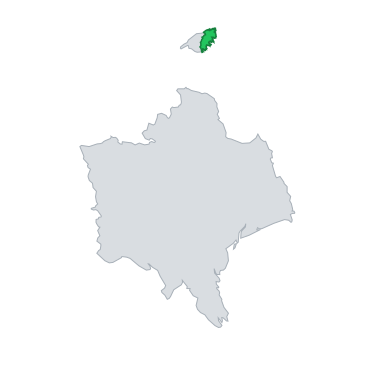 Corse-du-Sud highlighted on a map of France, rotated 235°
{"feature_id": "FRA-5281", "entity_name": "Corse-du-Sud", "entity_type": "Metropolitan department", "adm_level": 1, "iso_a3": "FRA", "parent_name": "France", "parent_adm1": "", "projection": "equal_earth", "projection_center": [8.909, 41.876], "detail": "fine", "context": "in_parent", "style": "filled", "palette": "green", "viewbox_px": 384, "rotation_deg": 235, "n_neighbors": 0, "source": "natural_earth", "source_scale": "10m", "svg_char_len": 6762}
<svg xmlns="http://www.w3.org/2000/svg" viewBox="0 0 384 384"><g transform="rotate(235 192 192)"><path d="M284.1,157.6L281.9,158.6L280.6,160.7L279.2,161.2L276.7,161.2L275.5,159.9L272.5,160.8L271.3,162.1L273.1,163.8L267.0,170.6L263.2,172.4L262.3,176.9L257.8,180.2L256.1,183.7L255.9,184.4L257.0,185.6L256.5,187.9L254.2,189.4L254.2,190.9L254.8,191.1L258.3,189.9L259.7,188.5L259.0,186.7L262.5,184.4L268.8,184.9L269.5,188.0L268.6,190.6L273.1,196.1L269.1,198.7L268.9,200.5L272.8,206.1L275.3,208.4L273.9,212.2L269.6,214.7L266.9,214.5L265.7,215.1L265.8,216.3L267.7,219.7L272.3,221.9L272.9,224.6L271.6,225.5L269.5,229.4L270.4,231.4L270.0,232.3L270.5,233.6L271.7,234.9L278.1,238.3L283.9,237.6L284.6,239.6L281.0,244.8L281.2,247.1L279.4,247.2L279.1,248.0L275.5,249.7L269.6,255.0L266.8,256.5L265.7,259.2L264.1,260.7L255.7,263.8L254.1,263.1L250.1,263.2L247.5,261.2L242.7,260.0L241.1,257.2L236.6,256.7L236.4,254.8L230.0,256.5L221.1,254.0L218.0,251.3L215.4,252.0L213.0,254.4L203.1,260.9L199.1,267.5L199.6,275.4L201.7,279.2L195.8,278.6L192.3,279.8L191.3,281.4L183.0,279.5L179.8,281.1L179.0,281.0L177.9,279.3L173.9,277.5L174.6,276.2L174.1,275.0L170.2,274.1L168.9,275.2L167.5,273.0L156.8,269.4L155.1,269.5L154.2,273.0L147.3,272.9L146.3,272.3L141.8,273.0L137.2,269.7L131.8,270.3L128.8,267.0L125.6,266.7L121.2,265.0L119.3,264.1L119.1,263.1L117.7,264.6L116.0,264.3L115.7,263.8L116.9,261.9L117.2,259.7L111.7,258.1L110.3,256.6L110.4,255.7L113.4,255.0L116.3,252.0L119.4,241.1L121.9,228.3L123.4,225.9L125.2,225.2L123.9,223.4L122.1,225.7L123.8,214.1L126.2,205.4L130.6,208.9L131.6,210.5L132.7,215.7L135.2,217.9L133.6,215.7L132.3,208.8L131.4,206.9L124.4,201.1L124.2,199.8L127.4,200.5L126.3,196.2L126.1,187.2L121.7,186.3L114.8,182.4L110.4,175.6L110.0,173.0L111.4,170.3L110.4,168.6L108.4,167.4L110.2,165.1L111.6,164.9L116.6,166.2L112.6,164.0L105.8,164.8L103.2,164.0L102.8,162.4L104.8,160.4L102.6,159.1L98.7,159.4L98.3,158.8L99.5,157.4L98.6,156.8L95.4,157.4L93.7,156.9L92.1,155.2L87.0,154.9L86.0,153.9L79.1,152.0L71.8,152.3L70.0,149.0L65.6,147.4L66.6,146.3L71.2,145.3L72.1,144.4L69.0,143.0L67.9,141.6L73.9,141.3L71.3,139.9L65.5,140.0L64.9,138.0L65.8,136.0L69.4,134.2L77.9,132.2L84.0,132.1L88.4,129.8L92.7,129.2L96.7,130.3L101.8,136.0L106.3,133.5L112.8,133.6L114.0,135.0L115.9,132.4L117.3,133.9L125.2,133.4L123.4,132.4L122.1,130.0L122.4,121.0L118.7,114.5L117.9,112.2L118.3,110.2L123.0,110.6L126.9,109.7L128.8,110.3L129.0,114.4L130.5,116.8L141.3,117.6L147.5,118.9L152.9,116.5L157.9,115.5L158.3,114.9L155.5,115.1L152.9,114.1L152.6,113.0L154.2,109.8L161.9,106.2L173.1,103.2L176.0,101.2L179.4,97.5L178.7,96.6L179.7,86.8L181.4,83.6L185.7,81.2L196.4,78.9L197.6,82.0L197.5,83.8L200.2,86.5L201.6,87.4L206.3,85.9L208.4,88.5L209.0,91.4L214.5,92.6L216.0,96.4L217.1,95.5L220.6,95.7L222.3,96.0L224.5,97.7L223.7,100.0L224.7,101.1L223.7,103.2L224.3,104.0L230.8,104.0L232.7,103.1L233.7,101.0L235.7,99.7L236.4,100.1L235.1,104.1L235.9,105.1L236.3,107.9L238.8,108.1L243.5,110.3L247.4,114.1L252.4,113.5L256.2,115.5L260.3,114.5L264.1,115.6L265.4,116.7L268.9,121.9L271.6,120.9L273.6,121.5L274.2,123.0L281.5,122.1L282.8,123.6L284.3,124.2L293.5,126.2L293.6,128.1L288.2,133.8L285.8,141.9L284.2,144.7L283.6,146.8L284.0,148.2L283.8,150.4L282.6,155.7L283.2,157.3L284.1,157.6ZM317.7,270.2L317.2,273.7L318.6,276.3L319.1,286.5L316.3,291.5L315.8,297.5L312.3,304.6L306.9,301.4L305.3,299.7L306.7,296.9L303.6,295.5L304.4,292.8L304.0,291.5L301.8,291.4L301.7,290.7L303.3,288.6L303.3,287.4L301.2,285.8L300.8,284.4L302.8,282.8L301.9,281.3L300.8,281.0L303.5,276.4L305.4,275.0L309.7,273.7L311.4,271.9L314.2,272.9L314.6,272.4L315.5,265.1L316.5,265.0L317.4,266.0L317.7,270.2ZM125.0,196.7L124.2,198.7L121.6,195.2L121.4,193.2L125.0,196.7Z" fill="#d9dde1" stroke="#a8b0b8" stroke-width="1"/><path d="M316.2,293.1L316.2,293.4L316.3,295.0L316.3,296.8L316.1,297.0L315.9,297.1L315.8,297.4L315.7,297.6L315.9,297.6L315.9,298.0L315.8,298.3L315.6,298.4L315.4,298.4L315.2,298.6L315.3,298.9L315.1,298.8L314.8,298.7L314.5,298.7L314.3,298.8L314.3,299.0L314.1,299.2L314.0,299.4L314.3,299.6L314.9,299.4L315.3,299.3L315.4,299.5L315.4,299.9L315.2,300.1L314.9,300.3L314.6,300.4L314.4,300.5L314.3,300.8L314.1,301.0L313.8,301.1L313.9,301.3L313.9,301.6L313.8,301.8L314.0,301.9L314.1,302.0L314.0,302.3L313.8,302.4L313.9,302.6L313.6,302.7L313.1,303.1L312.8,303.1L312.8,303.3L313.0,303.4L313.0,303.6L313.0,303.8L312.8,303.9L312.8,304.1L313.0,304.0L313.3,303.7L313.5,303.6L313.5,304.0L313.3,304.4L313.1,304.7L313.0,304.9L312.7,305.1L312.0,304.6L311.7,304.5L311.1,304.4L310.7,304.2L310.9,303.6L311.1,303.4L310.8,303.2L310.4,303.0L310.1,302.8L310.3,302.4L310.1,302.3L309.6,302.8L309.5,302.6L309.6,302.4L309.4,302.5L309.2,302.6L309.1,302.4L308.9,302.3L308.4,302.1L307.9,302.0L307.7,302.1L307.3,301.8L307.1,301.7L306.7,301.6L306.6,301.4L306.3,301.2L306.2,301.2L305.9,301.1L306.1,300.9L305.9,300.7L305.6,300.6L305.3,300.6L305.1,300.4L305.1,299.9L305.0,299.7L304.7,299.6L304.9,299.3L305.0,298.8L305.2,298.4L305.5,298.6L306.5,298.2L306.7,297.7L306.9,297.5L307.2,297.4L307.4,297.1L307.0,297.1L305.8,296.7L305.4,296.7L304.9,296.7L304.7,296.4L304.9,295.9L304.4,295.9L303.6,296.2L303.2,296.2L303.3,295.9L303.1,295.9L302.9,295.9L302.7,295.8L302.4,295.7L302.7,295.6L303.2,295.5L303.4,295.4L303.6,295.2L303.7,294.7L303.4,294.6L303.4,294.4L303.9,294.4L304.2,294.3L304.9,293.9L304.8,293.7L304.6,293.5L304.4,293.5L304.2,293.4L304.8,293.2L305.0,293.1L304.9,293.0L304.9,292.9L304.8,292.7L304.7,292.8L305.0,292.4L305.2,292.1L305.2,291.9L304.9,291.5L304.8,291.4L304.7,291.3L304.1,291.3L303.5,291.6L303.1,291.8L302.3,291.8L302.0,291.9L301.7,292.1L301.6,291.8L301.8,291.4L301.7,291.0L301.2,290.4L302.1,290.3L302.4,290.2L302.7,289.8L302.5,289.6L302.6,289.3L303.0,289.1L303.4,288.9L303.5,288.9L304.0,288.6L304.1,288.3L304.0,288.1L303.7,287.9L303.4,287.2L303.1,287.0L302.6,287.1L302.3,286.7L302.0,286.5L301.6,286.4L301.2,286.4L301.3,286.2L301.2,286.0L301.0,285.9L300.9,285.9L300.7,285.9L300.9,285.9L301.0,285.8L301.3,285.6L301.3,285.4L300.8,285.4L301.0,285.2L301.0,284.7L300.8,284.6L301.0,284.3L300.8,284.2L300.6,284.1L300.4,284.0L300.5,283.8L300.7,283.7L301.2,283.8L301.3,283.7L301.5,283.6L302.4,283.4L302.6,283.2L302.8,283.1L303.0,283.1L303.1,282.9L302.8,282.7L302.1,282.3L302.0,282.2L301.9,281.9L301.6,282.2L301.4,281.9L301.5,281.8L302.1,281.5L301.7,281.1L301.3,281.2L300.6,281.5L300.7,281.3L300.6,281.1L300.5,280.8L300.5,280.5L300.6,280.3L300.9,280.4L301.2,280.6L301.9,280.6L303.5,281.4L305.5,281.9L306.2,281.7L306.4,281.9L306.6,282.8L306.8,283.2L308.7,284.5L309.2,284.6L309.5,284.6L309.8,284.9L309.9,285.6L310.0,285.9L311.2,287.3L311.4,287.7L311.5,288.5L311.7,288.9L312.0,289.1L313.0,289.0L312.9,289.3L312.9,290.7L313.3,291.5L313.4,291.9L313.4,292.4L313.1,293.2L314.4,293.7L314.7,293.7L315.5,293.1L315.9,293.0L316.2,293.1Z" fill="#22c55e" stroke="#15803d" stroke-width="1.5"/></g></svg>